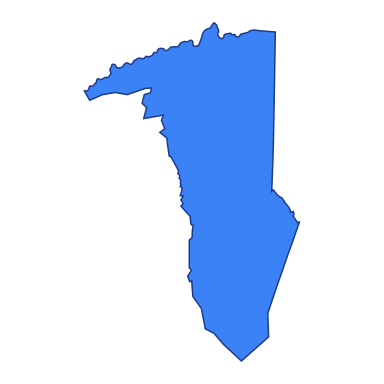 the district of Greenville, South Carolina, United States of America
{"feature_id": "52423323B27353440150163", "entity_name": "Greenville", "entity_type": "district", "adm_level": 2, "iso_a3": "USA", "parent_name": "United States of America", "parent_adm1": "South Carolina", "projection": "equal_earth", "projection_center": [-82.43, 34.85], "detail": "fine", "context": "isolated", "style": "filled", "palette": "blue", "viewbox_px": 384, "rotation_deg": 0, "n_neighbors": 0, "source": "geoboundaries", "source_scale": "gbopen_adm2", "svg_char_len": 3514}
<svg xmlns="http://www.w3.org/2000/svg" viewBox="0 0 384 384"><path d="M150.7,56.1L149.2,56.8L148.4,57.0L148.0,56.7L146.6,56.4L145.8,56.4L144.3,58.3L142.3,58.8L140.9,58.2L138.3,58.2L137.4,58.6L136.9,58.9L136.7,59.3L135.4,60.0L134.3,60.3L133.0,62.2L132.5,63.4L131.6,64.2L130.4,64.3L129.6,64.1L128.4,63.3L127.0,62.8L125.9,63.1L124.7,63.9L123.8,64.8L123.1,66.1L121.6,67.3L120.0,67.9L117.5,67.9L116.5,67.3L116.2,66.6L115.6,65.5L114.9,64.6L113.5,64.2L112.6,64.3L111.8,64.9L111.6,66.2L111.5,67.1L111.2,67.4L110.7,67.9L110.2,68.8L110.0,69.5L109.9,70.1L110.1,70.9L110.8,72.3L110.9,73.3L110.5,74.3L108.7,77.0L107.4,77.6L106.5,77.4L105.5,77.3L104.4,77.8L101.6,79.5L99.8,79.4L98.7,78.9L97.5,78.9L96.8,79.9L96.6,80.6L96.5,81.9L96.1,82.5L94.4,84.2L93.5,85.7L92.3,86.2L90.7,85.9L89.6,86.2L89.1,87.4L89.0,88.5L88.0,90.3L86.8,91.0L84.4,90.9L89.7,100.3L102.0,94.8L115.0,92.5L127.3,94.6L145.6,88.3L151.6,88.0L150.4,92.8L144.3,94.6L142.1,103.3L146.6,107.5L143.7,118.6L163.3,115.1L161.5,120.4L164.8,128.8L159.8,132.4L166.9,138.1L167.5,144.3L169.2,156.1L170.9,156.6L178.6,170.8L177.8,173.6L179.9,175.4L179.1,178.3L180.8,180.1L180.3,183.5L180.9,184.7L180.2,186.6L182.2,187.6L181.9,188.8L181.8,190.9L180.2,195.7L183.3,196.0L180.9,199.9L183.2,203.7L180.9,206.1L190.1,216.3L191.0,224.4L193.2,225.7L192.3,231.1L192.1,237.6L189.3,240.1L189.3,267.9L191.5,270.1L187.7,276.2L189.7,281.6L191.7,280.7L192.8,296.3L201.4,308.6L205.3,328.8L214.0,333.3L223.4,344.3L241.4,361.0L268.6,336.9L267.8,313.3L277.1,285.6L282.0,271.7L288.7,252.3L293.7,238.6L299.6,221.4L297.9,223.1L293.2,216.3L294.1,213.5L293.7,212.9L293.3,212.2L293.4,211.9L293.3,211.7L293.2,211.5L292.8,211.6L292.5,211.7L291.7,212.1L291.2,212.2L291.0,212.3L290.4,212.2L290.3,211.6L290.4,211.2L290.4,210.5L290.2,210.0L289.8,209.2L289.6,208.9L289.4,208.7L289.2,208.2L288.9,207.7L288.8,207.3L288.6,207.1L288.4,206.9L287.9,206.1L287.7,205.9L287.3,205.4L286.9,205.1L284.9,202.4L284.4,201.8L284.3,201.6L284.3,201.2L284.2,201.0L283.8,200.7L283.7,200.5L283.4,200.1L283.2,199.9L283.0,199.4L282.9,199.2L282.6,198.8L282.4,198.5L281.8,198.0L281.7,197.9L281.4,197.6L281.0,197.3L280.8,197.2L280.5,197.1L280.4,197.1L280.0,197.3L279.9,197.3L279.8,197.2L279.7,196.9L279.3,196.5L279.0,196.3L278.7,196.1L278.5,195.9L278.2,195.6L277.7,195.5L277.5,195.4L277.4,195.1L277.2,194.7L273.4,189.9L271.7,191.4L272.1,181.7L272.6,167.1L272.8,162.5L273.3,146.4L274.1,105.0L275.3,32.0L275.2,32.0L270.2,31.6L260.8,30.8L254.8,30.1L252.7,30.2L252.1,30.2L250.1,30.8L247.7,32.5L243.6,33.4L240.9,34.2L240.5,34.4L239.9,35.7L237.9,37.1L236.7,37.0L235.4,36.2L235.4,35.2L234.6,34.5L234.3,34.4L232.8,35.2L232.3,35.2L232.1,35.1L231.7,34.1L230.6,33.3L228.6,33.4L227.4,33.7L224.7,34.4L224.1,34.9L224.0,35.7L224.0,36.5L223.7,37.2L222.1,38.6L221.3,38.7L220.6,38.3L219.3,37.3L218.3,36.2L217.9,34.9L217.8,34.2L218.0,33.1L218.5,32.0L218.7,31.0L218.1,29.1L216.9,26.6L216.8,25.3L214.6,23.0L213.7,23.0L212.8,24.0L210.1,28.1L207.3,29.0L205.2,30.1L204.4,30.8L202.8,33.3L201.5,37.9L199.4,43.6L198.9,45.0L197.5,45.9L194.2,46.3L193.5,46.2L192.9,44.4L192.9,42.8L192.8,41.8L191.9,40.5L190.4,40.2L187.6,41.8L186.1,41.8L184.8,41.4L182.1,42.2L180.9,42.8L179.7,44.1L178.1,46.6L176.5,46.9L174.4,46.8L170.9,47.0L170.6,47.2L170.5,47.4L169.8,48.1L169.0,49.1L167.5,50.1L166.1,50.6L165.2,50.6L164.4,50.0L164.0,49.2L163.9,48.9L162.4,48.4L161.0,48.4L160.0,48.4L158.9,48.8L158.1,49.5L157.6,50.0L157.4,51.0L157.4,51.9L156.9,52.4L156.1,52.8L155.3,52.4L154.3,52.5L153.5,53.1L153.0,54.3L152.2,55.4L150.7,56.1Z" fill="#3b82f6" stroke="#1e3a8a" stroke-width="1.5"/></svg>